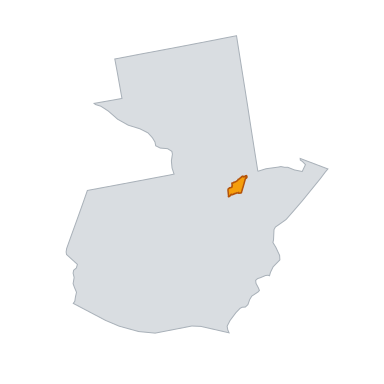 Chahal, Alta Verapaz, Guatemala (highlighted), rotated 349°
{"feature_id": "79465075B23943610665473", "entity_name": "Chahal", "entity_type": "district", "adm_level": 2, "iso_a3": "GTM", "parent_name": "Guatemala", "parent_adm1": "Alta Verapaz", "projection": "orthographic", "projection_center": [-89.573, 15.738], "detail": "fine", "context": "in_parent", "style": "filled", "palette": "amber", "viewbox_px": 384, "rotation_deg": 349, "n_neighbors": 0, "source": "geoboundaries", "source_scale": "gbopen_adm2", "svg_char_len": 4503}
<svg xmlns="http://www.w3.org/2000/svg" viewBox="0 0 384 384"><g transform="rotate(349 192 192)"><path d="M54.2,278.7L56.1,276.9L57.6,272.7L59.5,268.4L58.4,263.3L57.8,259.3L60.0,253.4L59.8,249.0L60.9,246.2L64.0,244.5L65.7,241.2L56.9,229.4L57.0,226.8L58.2,223.5L65.5,211.2L74.3,196.5L83.9,180.3L89.6,170.5L110.3,170.7L124.0,170.8L141.4,170.9L160.3,171.0L172.7,171.1L177.8,171.0L177.0,164.6L177.7,157.5L180.0,151.1L180.0,148.3L176.3,144.8L169.2,142.8L165.2,139.7L165.2,135.9L163.5,131.2L160.1,125.6L152.9,120.0L142.1,114.2L132.9,106.4L125.3,96.6L118.9,90.4L113.9,87.7L112.8,86.3L127.3,86.6L141.1,86.8L141.3,72.9L141.5,60.6L141.6,46.7L166.5,46.8L196.2,47.0L227.1,47.1L251.3,47.1L265.5,47.1L264.9,64.3L264.2,84.3L263.7,99.0L263.0,118.7L262.2,138.7L261.2,166.1L260.6,183.8L260.9,184.2L269.1,183.3L281.2,184.0L284.1,184.0L287.8,185.5L290.7,186.0L296.8,189.9L304.1,192.9L308.6,186.8L306.2,183.1L304.4,181.3L304.6,179.7L329.8,195.3L326.8,197.7L320.5,203.4L309.0,213.0L298.6,221.7L288.7,229.5L279.7,236.5L278.6,237.2L267.2,242.3L265.3,244.6L262.9,254.5L261.8,257.0L263.8,262.5L265.9,271.0L265.3,275.4L257.4,280.9L253.7,285.8L252.1,289.0L250.7,288.2L248.3,288.0L242.6,289.2L239.9,289.5L237.6,290.9L237.4,293.9L238.9,298.9L239.4,301.5L237.8,302.7L230.8,305.6L228.1,308.6L225.4,313.2L222.4,315.1L219.2,314.7L216.9,315.4L212.1,318.8L204.8,325.4L200.9,330.4L200.8,334.0L201.5,337.3L175.0,325.6L166.2,323.5L128.9,323.5L113.0,318.8L94.9,309.8L82.7,301.6L54.2,278.7Z" fill="#d9dde1" stroke="#a8b0b8" stroke-width="1"/><path d="M239.4,202.2L240.3,202.2L240.6,201.7L240.9,200.9L241.4,200.1L241.7,199.5L241.7,199.3L242.0,199.0L242.1,198.7L242.3,198.3L242.3,198.2L242.6,197.7L242.8,197.4L242.9,197.2L243.0,197.1L243.1,196.8L243.4,196.2L243.6,195.9L243.8,195.4L243.9,195.2L244.1,194.8L244.2,194.6L244.5,194.1L244.7,193.7L245.0,193.1L245.1,192.8L245.2,192.5L245.4,192.3L245.4,192.1L245.7,191.7L246.0,191.0L246.1,190.9L246.2,190.7L246.3,190.5L246.3,190.3L246.6,189.8L246.9,189.3L247.0,189.2L247.2,188.9L247.3,189.0L247.5,189.0L247.7,188.9L247.6,188.7L247.9,188.5L248.0,188.5L248.3,188.5L248.4,188.4L248.2,188.3L248.1,188.2L248.2,187.8L248.2,187.7L248.3,187.5L248.3,187.4L248.3,187.2L248.5,187.2L248.7,187.3L248.8,187.3L248.9,187.1L248.7,187.0L248.7,186.9L248.6,186.7L248.5,186.3L248.4,186.3L248.2,186.3L247.6,186.3L247.5,186.5L247.2,186.5L246.9,186.7L246.8,186.9L246.7,186.9L246.5,187.0L246.3,187.0L246.2,186.9L246.1,187.0L245.7,187.1L245.4,186.9L245.3,186.7L245.2,186.6L245.1,186.4L245.1,186.2L244.9,186.1L244.6,186.2L244.4,186.2L244.2,186.2L244.1,186.3L243.9,186.4L243.9,186.6L243.7,186.7L243.4,186.6L243.2,186.7L243.1,187.0L242.9,187.1L242.6,187.3L242.1,187.4L241.8,187.5L241.6,187.7L241.3,188.0L240.8,188.2L240.6,188.3L240.2,188.3L239.9,188.3L239.7,188.5L239.4,188.8L239.2,189.0L239.1,189.3L238.9,189.4L238.7,189.5L238.4,189.6L238.0,189.8L237.8,189.8L237.6,190.0L237.4,190.0L237.2,190.1L236.7,190.2L236.3,190.4L235.9,190.5L235.6,190.4L235.4,190.3L235.1,190.3L234.9,190.6L234.7,190.7L234.7,190.8L234.3,190.9L234.2,190.8L233.7,190.9L233.3,190.8L233.1,190.8L232.9,190.9L232.9,191.1L232.8,191.3L232.9,191.5L232.7,191.8L232.8,192.0L232.8,192.3L232.8,192.8L232.6,193.1L232.6,193.3L232.8,193.5L232.7,193.7L232.6,193.8L232.4,193.9L232.4,194.1L232.4,194.3L232.2,194.4L232.2,194.6L231.9,194.8L231.9,195.0L231.5,195.1L231.4,195.0L231.1,195.0L230.9,195.0L230.4,195.2L230.1,195.1L229.8,195.0L229.5,195.1L229.3,195.4L229.2,195.4L229.0,195.5L228.5,195.6L228.2,195.8L227.9,196.3L227.8,196.7L227.7,196.9L227.6,197.5L227.5,198.7L227.5,199.1L227.4,199.6L227.3,200.8L227.2,201.8L227.2,202.1L227.3,202.5L227.1,202.8L226.9,203.2L226.9,203.5L227.1,203.7L227.3,203.7L227.7,203.5L227.8,203.4L228.1,203.3L228.3,203.2L228.5,203.1L228.9,202.9L229.0,202.8L229.0,202.7L229.2,202.4L229.3,202.4L229.5,202.4L229.8,202.3L229.9,202.2L230.0,202.2L229.9,202.2L229.9,201.9L230.0,201.9L230.0,202.0L230.1,201.9L230.2,202.0L230.3,202.0L230.5,202.0L230.6,202.3L230.8,202.4L231.0,202.4L231.3,202.3L231.5,202.3L231.7,202.2L231.8,202.2L232.0,202.1L232.3,202.2L232.5,202.0L232.8,202.0L233.0,202.0L233.2,201.9L233.3,201.9L233.3,201.7L233.5,201.7L233.6,201.8L233.7,201.7L233.8,201.7L234.0,201.6L234.3,201.7L234.5,201.7L234.7,201.8L234.8,201.7L235.0,201.6L235.3,201.5L235.5,201.6L235.8,201.6L236.0,201.4L236.1,201.5L236.3,201.5L236.5,201.6L236.8,201.7L237.0,201.7L237.1,201.8L237.4,202.0L237.5,201.9L237.5,202.0L237.8,202.2L238.3,202.2L238.7,202.2L238.8,202.2L239.1,202.3L239.2,202.2L239.4,202.2L239.4,202.2Z" fill="#f59e0b" stroke="#b45309" stroke-width="1.5"/></g></svg>